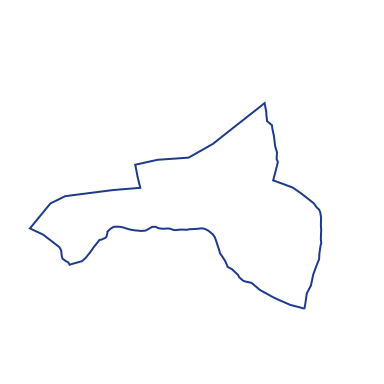 the district of As Salam - SD, Southern Darfur, Sudan, rotated 288°
{"feature_id": "16777658B71256064026626", "entity_name": "As Salam - SD", "entity_type": "district", "adm_level": 2, "iso_a3": "SDN", "parent_name": "Sudan", "parent_adm1": "Southern Darfur", "projection": "robinson", "projection_center": [24.695, 11.734], "detail": "fine", "context": "isolated", "style": "outline", "palette": "blue", "viewbox_px": 384, "rotation_deg": 288, "n_neighbors": 0, "source": "geoboundaries", "source_scale": "gbopen_adm2", "svg_char_len": 1713}
<svg xmlns="http://www.w3.org/2000/svg" viewBox="0 0 384 384"><g transform="rotate(288 192 192)"><path d="M200.4,129.6L189.2,135.8L180.0,141.5L179.3,139.9L176.9,134.1L169.4,116.2L165.5,107.9L162.8,102.2L150.7,76.6L148.7,72.5L137.4,60.9L107.3,49.1L105.5,63.4L98.6,82.9L96.0,85.6L90.4,88.1L88.6,89.5L87.5,92.6L87.4,92.9L86.9,96.0L85.0,98.1L87.3,101.3L89.3,104.4L92.3,108.8L96.4,111.2L103.5,113.9L109.5,115.7L113.6,117.3L117.8,118.8L118.7,120.6L121.2,123.3L122.7,124.4L124.4,124.4L126.4,124.3L128.2,123.8L132.2,126.1L134.6,128.2L135.6,130.6L136.6,134.2L137.0,137.2L137.0,140.7L137.1,144.2L137.8,149.2L138.4,151.8L139.3,155.8L140.9,159.7L143.0,161.7L146.5,164.9L147.7,168.2L147.2,170.9L147.5,173.3L148.2,176.2L149.6,179.7L150.3,182.2L150.2,184.5L150.3,187.1L151.5,190.0L152.9,193.2L153.6,195.6L154.4,198.6L155.6,200.6L158.6,208.4L160.1,211.7L160.8,213.9L160.8,215.9L160.3,219.4L158.3,224.6L156.2,227.5L153.2,229.9L149.4,232.6L145.1,235.9L142.5,237.4L139.8,241.0L136.3,245.2L131.8,249.1L130.9,253.9L127.4,261.3L125.5,263.2L123.4,268.1L123.4,271.0L124.0,276.6L119.8,286.9L116.8,302.6L116.0,310.0L115.0,320.4L115.6,330.4L115.7,333.6L116.2,334.9L120.7,334.3L131.1,332.5L139.8,334.0L151.0,332.8L159.4,333.1L167.5,333.6L172.7,332.2L181.0,330.8L183.4,330.7L187.3,329.0L193.6,327.2L195.5,326.7L199.8,325.0L207.4,322.7L212.1,320.4L214.5,318.3L216.0,315.2L218.9,311.3L224.7,295.4L227.3,286.5L227.8,276.0L228.1,265.6L238.8,265.0L247.1,264.4L249.6,262.2L255.8,260.7L261.3,256.9L270.8,252.5L276.4,249.2L280.2,247.4L282.5,241.6L284.2,240.8L288.8,238.7L291.1,237.9L299.0,233.6L291.0,228.3L281.2,221.7L270.7,214.7L270.2,214.3L244.1,196.9L223.6,178.1L212.0,149.3L200.4,129.6Z" fill="none" stroke="#1e3a8a" stroke-width="2"/></g></svg>